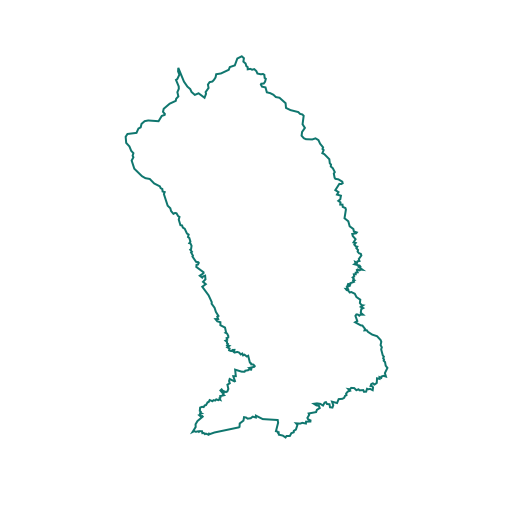 Aracataca, Magdalena, Colombia (Equal Earth projection), rotated 287°
{"feature_id": "7082276B34642639591656", "entity_name": "Aracataca", "entity_type": "district", "adm_level": 2, "iso_a3": "COL", "parent_name": "Colombia", "parent_adm1": "Magdalena", "projection": "equal_earth", "projection_center": [-73.935, 10.652], "detail": "fine", "context": "isolated", "style": "outline", "palette": "teal", "viewbox_px": 512, "rotation_deg": 287, "n_neighbors": 0, "source": "geoboundaries", "source_scale": "gbopen_adm2", "svg_char_len": 6110}
<svg xmlns="http://www.w3.org/2000/svg" viewBox="0 0 512 512"><g transform="rotate(287 256 256)"><path d="M124.6,266.3L120.8,268.4L118.1,268.2L117.1,267.1L117.4,263.6L118.4,262.1L117.0,261.3L115.4,263.8L115.6,265.2L114.0,265.0L113.5,266.1L111.5,262.7L110.2,263.4L109.4,262.7L108.0,263.9L108.1,262.8L107.1,262.1L107.3,259.9L105.9,259.3L105.7,257.5L104.4,256.8L104.7,253.8L102.4,253.4L102.0,252.5L98.8,251.8L98.1,250.6L96.2,250.1L96.0,248.5L94.7,246.9L91.5,247.5L90.9,248.7L89.9,248.6L89.6,249.8L89.0,248.6L88.0,249.2L87.2,248.2L86.4,250.0L87.2,251.4L86.8,252.0L81.1,248.3L77.4,247.4L74.8,248.3L69.2,246.8L70.4,248.1L70.3,249.9L71.5,252.0L71.1,252.8L72.0,253.3L72.6,255.6L70.9,256.5L71.5,257.7L70.7,259.2L71.5,260.0L71.2,262.9L72.4,263.0L72.3,264.1L75.1,267.9L87.1,289.7L87.8,290.2L91.1,289.4L94.9,292.1L98.4,291.7L98.6,293.9L98.0,295.5L99.3,298.4L101.4,299.8L101.5,303.1L103.3,302.6L102.0,310.1L105.5,324.7L103.0,325.9L94.3,326.3L94.3,328.1L93.5,328.6L93.9,329.2L91.8,330.1L92.1,334.1L91.1,337.3L92.8,337.8L93.8,341.0L96.9,341.6L98.4,343.6L99.9,343.3L101.7,344.9L106.6,345.0L107.7,343.2L108.6,347.2L110.0,349.1L110.4,352.7L112.2,352.3L113.6,356.4L114.7,356.2L115.1,353.6L116.2,352.5L119.7,353.3L120.8,352.4L124.3,359.1L126.7,359.2L129.2,361.4L131.2,359.9L130.8,357.5L131.6,354.6L132.9,357.4L133.4,360.7L132.6,363.8L135.9,364.5L136.7,365.6L135.2,367.1L135.7,369.6L133.0,371.0L133.4,373.4L135.9,373.5L138.9,371.3L139.1,376.5L143.3,376.9L144.7,380.4L146.2,381.8L148.2,382.0L149.4,383.2L150.8,382.4L153.2,383.4L154.6,385.3L155.7,383.3L155.9,384.8L157.7,385.6L158.4,388.6L157.0,391.2L158.5,393.0L157.8,394.3L159.1,397.8L157.7,399.0L158.5,401.0L161.5,401.0L161.4,402.4L162.3,403.9L161.8,406.8L164.4,406.4L165.4,405.5L165.2,403.6L167.2,403.7L168.4,405.0L167.7,406.9L169.9,408.6L174.4,407.5L174.6,410.1L176.3,409.5L176.1,411.4L177.5,411.3L178.7,413.0L178.7,415.5L181.7,413.5L187.4,414.4L189.0,412.1L192.3,410.4L193.2,408.7L194.5,408.7L195.4,407.5L197.1,407.7L198.0,406.3L203.3,403.0L205.5,403.0L207.2,401.2L210.6,400.9L212.1,399.7L214.7,395.2L214.8,390.1L216.2,385.2L217.4,383.6L216.6,381.5L218.1,381.6L220.6,378.1L220.3,376.5L221.6,370.2L223.4,371.9L227.8,368.6L229.5,369.1L229.8,370.4L229.1,372.2L230.4,373.0L231.2,375.5L232.3,372.8L235.9,372.2L237.5,373.7L238.0,371.1L240.1,372.8L239.9,371.3L241.4,369.1L244.7,368.5L246.1,364.1L248.8,361.5L249.4,357.6L248.5,356.3L250.0,354.2L249.9,352.7L250.8,351.4L251.4,353.5L253.0,352.0L255.0,354.4L255.7,354.0L254.8,352.2L256.2,352.3L256.6,354.4L257.6,354.2L259.9,357.2L260.7,356.3L261.5,357.1L261.7,356.0L262.7,356.2L263.7,354.7L265.1,355.9L267.1,354.9L267.7,356.7L269.2,356.2L270.1,358.0L272.1,356.5L272.8,357.0L272.6,359.3L273.7,360.2L274.0,361.9L275.5,357.6L276.4,358.8L277.1,357.9L276.9,352.5L278.0,353.4L279.4,352.5L279.1,354.6L280.7,354.7L281.5,356.4L283.2,355.2L287.3,356.6L288.7,355.6L288.7,353.8L289.9,351.9L291.6,351.8L292.8,349.7L294.5,350.1L294.4,348.6L295.6,346.7L297.6,347.5L297.5,345.3L301.2,346.3L303.4,342.7L305.2,341.6L307.0,345.1L308.0,345.5L308.1,342.4L310.3,341.2L311.8,336.9L316.2,334.1L318.0,329.6L326.7,328.4L328.0,327.5L328.3,324.6L330.4,323.7L329.8,321.5L332.0,321.1L332.8,318.6L334.9,320.0L338.5,319.6L338.4,315.5L341.2,316.2L342.2,312.6L349.3,314.6L349.7,316.4L350.9,317.6L352.3,316.8L353.4,312.4L353.0,309.4L353.8,308.3L357.6,306.3L359.3,306.8L362.4,303.8L363.5,301.3L365.4,301.0L366.2,299.5L370.0,297.8L373.4,291.5L373.7,289.4L377.1,289.7L377.8,288.3L379.5,288.4L382.1,284.5L385.1,281.8L385.9,278.5L383.9,275.7L382.3,269.6L382.6,267.3L384.4,264.4L388.1,263.8L392.8,265.3L395.6,262.0L404.0,260.6L404.9,259.0L404.8,256.5L406.0,254.4L405.6,246.3L406.4,241.4L410.8,239.6L414.2,232.2L413.8,228.5L415.3,225.5L415.9,221.9L415.7,218.5L420.0,215.8L419.7,212.2L421.4,210.5L422.3,210.7L423.2,213.0L425.3,213.7L428.3,213.6L428.8,212.2L431.7,211.0L432.1,209.4L431.2,207.6L430.9,204.0L432.9,202.3L434.2,199.7L433.0,197.8L433.3,195.9L432.1,193.5L434.2,192.8L434.8,191.2L437.0,189.8L438.2,187.1L441.6,186.6L442.8,184.0L439.4,180.4L432.1,180.0L429.0,175.7L426.1,175.5L420.3,169.1L418.2,164.8L414.9,165.1L412.2,164.3L410.1,163.3L408.7,160.8L405.9,159.9L402.8,161.5L398.0,159.9L396.5,160.8L392.3,160.5L394.8,153.5L392.2,150.4L394.0,146.4L396.4,144.3L397.9,140.9L401.7,136.1L413.2,126.7L409.8,127.5L407.0,129.7L402.2,129.0L401.0,128.0L395.6,132.5L393.3,133.3L389.7,132.9L385.9,135.1L383.1,133.7L380.9,133.9L376.4,128.9L369.8,124.7L366.7,124.9L365.2,127.3L364.2,127.4L362.4,124.9L356.4,123.4L354.1,113.3L352.4,110.1L348.9,107.9L345.3,108.1L343.5,106.3L338.8,105.7L335.1,97.4L331.9,96.5L326.2,98.8L323.8,102.9L320.1,105.9L318.5,108.7L315.8,108.7L314.6,109.9L310.9,109.2L303.9,114.1L299.0,123.6L298.1,127.4L298.6,131.9L295.6,137.4L294.5,143.7L293.0,145.0L292.7,146.8L290.4,147.8L290.4,150.0L288.3,149.8L278.3,156.8L276.6,160.1L274.2,161.6L272.2,164.7L273.5,166.0L273.6,167.5L271.4,169.9L271.0,171.4L268.2,171.5L263.4,174.7L263.6,176.4L261.8,177.7L261.2,179.9L257.3,183.4L256.8,185.3L254.3,185.4L253.7,187.0L250.7,189.0L248.8,188.5L248.9,189.6L246.9,191.4L243.6,191.9L242.8,191.3L241.3,193.5L240.4,192.9L237.9,195.6L236.9,195.4L232.9,200.4L233.2,202.6L232.7,203.3L230.9,203.0L230.2,201.7L228.1,202.1L225.1,210.6L224.1,210.8L220.7,208.0L219.6,210.9L220.9,211.3L222.3,213.1L218.9,214.5L215.8,212.9L214.4,216.2L210.9,213.6L204.5,222.2L198.9,227.2L197.4,227.5L194.4,231.5L190.8,234.0L187.7,237.6L186.7,236.7L184.7,238.2L183.8,235.7L182.2,238.1L182.3,241.3L179.4,242.2L178.5,247.3L174.2,249.7L173.7,249.3L173.4,251.0L171.4,252.9L170.0,253.3L168.9,251.9L167.4,253.0L166.1,251.6L165.4,253.4L164.2,253.7L163.7,254.9L162.1,254.5L162.2,256.7L160.3,255.3L159.8,257.8L158.0,257.8L157.8,259.4L158.1,260.9L159.3,261.0L159.9,262.8L157.7,262.9L157.4,263.7L158.8,266.2L158.7,268.1L157.4,270.2L158.7,271.4L157.2,272.7L158.3,273.8L157.2,276.6L158.3,277.7L152.3,281.3L151.8,282.8L151.0,283.1L151.4,285.3L150.3,287.0L149.5,286.7L147.2,282.7L146.9,284.5L145.9,284.6L145.4,282.3L144.4,281.8L143.2,279.3L142.0,278.9L141.2,276.2L141.2,269.3L135.2,271.8L134.4,269.4L130.2,272.5L129.8,272.1L130.7,266.8L128.6,266.8L126.6,268.1L124.6,266.3Z" fill="none" stroke="#0f766e" stroke-width="2"/></g></svg>